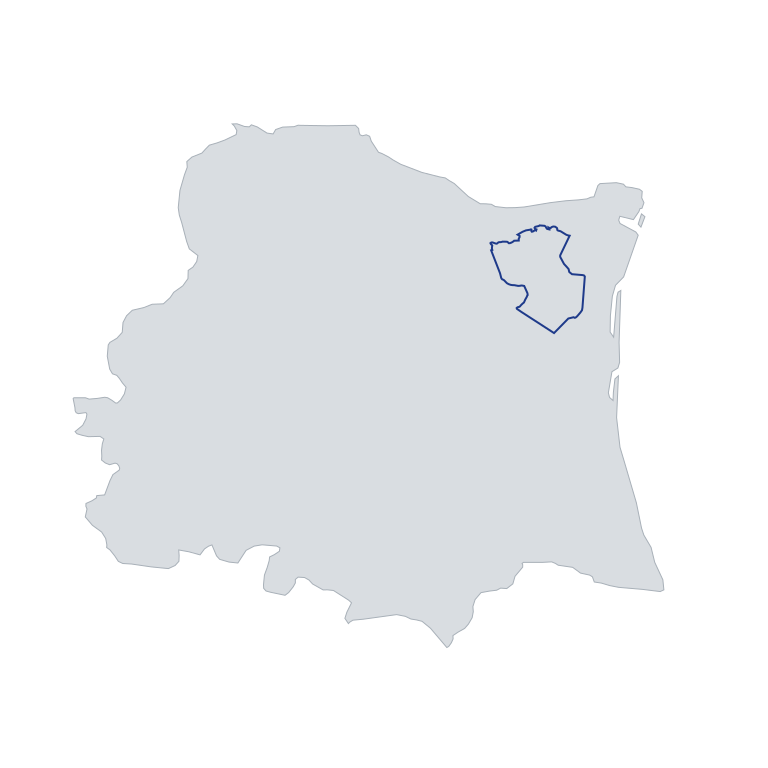 where Agnéby sits in Ivory Coast, rotated 278°
{"feature_id": "CIV-3451", "entity_name": "Agnéby", "entity_type": "Department", "adm_level": 1, "iso_a3": "CIV", "parent_name": "Ivory Coast", "parent_adm1": "", "projection": "natural_earth1", "projection_center": [-3.837, 6.123], "detail": "fine", "context": "in_parent", "style": "outline", "palette": "blue", "viewbox_px": 768, "rotation_deg": 278, "n_neighbors": 0, "source": "natural_earth", "source_scale": "10m", "svg_char_len": 5493}
<svg xmlns="http://www.w3.org/2000/svg" viewBox="0 0 768 768"><g transform="rotate(278 384 384)"><path d="M183.5,132.1L186.0,132.0L192.3,129.9L198.1,125.0L203.5,114.9L210.8,106.7L218.9,107.3L221.4,105.8L224.2,105.5L227.6,110.9L231.1,115.0L233.5,115.1L235.3,122.8L250.2,126.1L256.6,128.2L261.9,133.8L263.8,134.0L266.1,132.8L267.9,130.8L268.2,128.7L265.9,123.5L267.0,119.0L269.4,114.9L273.2,114.6L279.0,113.5L285.6,113.4L290.6,114.2L292.6,110.1L290.7,98.6L291.2,92.2L292.0,86.9L293.9,84.7L301.2,91.4L308.0,93.8L312.8,94.0L314.2,92.8L312.1,85.4L312.7,83.2L314.5,81.9L317.7,81.2L326.3,78.2L327.2,78.8L328.8,90.4L328.0,94.1L329.8,102.0L332.0,109.3L331.9,112.3L330.0,116.8L327.8,120.9L328.1,122.6L331.5,125.4L338.1,128.3L344.9,129.0L348.7,124.8L352.6,121.3L355.4,118.2L356.3,113.7L360.6,110.3L373.0,106.1L384.3,105.5L387.1,106.8L392.2,113.2L398.7,117.6L408.6,117.0L415.8,119.6L422.0,124.5L426.2,135.4L430.7,143.3L432.7,154.4L439.9,160.3L445.5,163.0L453.2,171.1L461.1,175.2L469.3,174.3L473.1,178.5L479.2,181.5L485.3,181.8L490.7,172.4L497.8,168.7L515.7,161.2L522.8,157.8L530.0,155.7L547.3,155.0L563.4,157.3L571.3,159.0L576.8,157.8L582.0,162.2L587.3,171.5L591.7,174.5L596.2,177.8L599.5,185.1L603.4,192.4L605.6,195.7L610.4,202.9L614.5,203.0L618.6,199.9L620.4,197.5L621.2,202.3L619.6,210.0L619.9,214.8L622.2,216.6L620.9,222.8L616.2,233.2L616.2,239.4L620.9,241.3L624.3,247.9L626.3,259.1L628.3,262.9L628.5,265.2L631.9,292.4L636.2,319.7L633.5,323.3L629.8,324.3L627.4,325.6L626.8,328.1L628.3,331.8L627.3,335.3L622.7,337.6L612.7,346.3L612.0,349.7L609.4,357.1L607.2,361.6L603.9,370.0L598.8,392.1L596.8,410.4L596.6,416.0L594.6,420.0L592.3,425.7L581.4,441.4L575.9,454.2L576.6,459.8L576.9,465.4L575.2,469.4L575.5,480.3L576.9,489.3L578.8,498.2L586.7,523.4L590.8,538.7L593.4,551.0L595.6,559.3L597.7,562.7L598.6,565.9L610.3,568.2L612.5,570.0L615.7,586.1L615.2,593.3L612.9,596.1L613.0,602.2L612.4,609.9L610.7,612.9L604.2,613.3L599.7,616.2L593.9,615.0L593.3,613.1L590.2,612.4L581.5,608.1L582.9,594.2L578.9,593.6L575.8,595.4L569.6,612.2L566.7,615.0L523.4,606.4L514.0,599.5L502.7,597.9L483.1,598.7L466.9,600.7L462.3,604.9L503.1,602.5L507.5,603.0L509.6,605.5L457.9,611.0L438.2,614.3L432.4,613.4L427.9,608.0L406.5,607.4L402.1,609.2L399.5,613.1L407.9,612.3L421.2,612.0L424.8,615.0L383.1,619.0L354.2,626.5L342.0,632.1L301.6,650.4L277.1,659.1L270.6,662.3L259.4,671.2L245.1,676.9L228.9,687.4L219.1,689.8L216.9,686.4L216.6,668.6L215.3,644.7L215.8,635.6L217.1,627.0L217.2,619.8L222.1,617.2L223.4,614.2L224.1,604.9L228.7,596.4L228.8,581.7L230.2,578.7L231.2,574.8L229.3,565.1L226.8,546.9L225.5,545.7L224.4,546.5L221.9,546.8L211.8,540.5L204.0,539.4L198.5,534.0L198.1,527.9L195.5,524.3L193.6,517.2L190.9,509.1L183.2,504.2L176.0,503.0L170.9,504.1L164.8,503.8L158.0,501.0L153.2,497.9L148.7,492.0L144.5,487.3L141.2,487.9L137.1,486.7L133.1,484.6L131.8,482.9L148.6,464.0L154.3,454.7L154.9,449.1L155.0,443.4L156.9,437.5L157.4,428.6L148.2,396.2L145.8,386.1L143.4,383.2L141.8,382.1L146.5,377.9L152.9,379.0L162.8,382.3L165.0,379.1L172.5,362.7L172.3,356.6L171.6,352.4L176.0,341.2L179.5,336.9L181.3,332.2L180.8,325.8L178.1,323.4L174.7,323.9L170.5,322.3L164.2,318.6L161.0,315.4L162.0,300.6L162.6,296.0L164.9,293.3L168.4,292.6L178.2,292.2L186.1,293.9L193.1,294.9L196.8,294.8L199.8,299.2L203.8,303.7L207.3,303.7L208.6,300.3L207.8,285.7L205.4,278.0L200.1,270.6L186.4,264.2L186.1,255.3L187.5,245.7L190.5,242.1L200.7,236.0L198.9,232.7L195.7,229.2L189.2,225.6L190.7,214.1L191.1,203.8L185.6,205.0L179.9,205.6L175.2,202.4L171.2,196.2L170.5,179.0L170.6,159.1L169.9,150.3L171.4,145.6L176.3,141.3L181.6,135.7L183.5,132.1ZM588.3,615.3L586.0,619.1L575.1,616.6L577.7,613.5L588.3,615.3Z" fill="#d9dde1" stroke="#a8b0b8" stroke-width="1"/><path d="M500.6,509.2L500.7,507.8L500.7,506.6L500.6,506.0L500.2,505.1L499.8,503.1L499.9,502.1L499.9,501.0L500.0,499.9L500.0,499.3L499.8,497.7L499.8,497.1L499.8,495.8L500.2,493.7L500.9,491.8L501.4,491.1L503.5,488.4L503.8,487.7L504.0,487.0L504.1,486.5L504.6,485.9L505.4,485.3L509.8,483.5L531.3,471.5L531.8,472.6L532.9,472.1L534.1,471.9L535.9,471.9L536.3,471.9L537.5,470.3L538.3,469.8L539.1,470.6L539.3,471.8L538.7,474.6L538.6,475.8L538.9,476.5L540.0,477.4L540.3,477.8L540.5,478.5L540.8,480.1L541.1,480.8L541.5,481.7L542.0,486.0L541.8,486.7L541.4,487.2L541.0,487.7L540.8,488.0L540.9,488.7L541.1,489.3L541.4,489.7L541.5,490.0L541.8,490.6L543.4,492.5L544.0,492.9L544.8,497.5L546.6,497.2L548.2,497.8L549.5,497.7L550.5,495.5L554.0,500.0L555.9,503.2L557.1,507.1L557.6,508.0L557.5,508.5L555.9,508.7L555.4,509.1L555.6,509.9L556.0,510.6L556.4,510.9L557.0,511.9L557.5,513.0L557.3,513.3L558.3,513.5L558.7,511.9L559.6,511.3L560.7,511.9L562.0,515.3L562.7,516.0L563.0,520.9L562.5,522.1L561.3,522.9L560.3,523.9L560.1,525.8L560.6,525.5L561.9,525.1L561.7,525.6L561.5,526.6L561.3,527.1L562.6,528.0L563.5,529.6L563.6,531.5L562.7,533.4L561.9,533.9L561.1,534.0L560.4,534.4L560.1,535.3L560.0,536.6L559.8,537.7L557.2,543.6L556.8,545.3L556.7,547.2L536.0,540.6L535.5,540.6L534.8,540.7L534.1,541.0L528.0,545.5L524.5,549.7L523.5,550.8L522.5,551.2L521.8,551.4L520.6,552.0L518.9,554.9L519.5,565.7L519.4,566.3L519.3,567.0L518.4,567.9L487.2,569.9L484.6,569.8L482.1,568.5L478.2,566.0L476.9,565.0L476.1,563.8L476.5,562.4L474.5,557.4L458.1,545.3L474.4,510.2L476.9,505.2L477.3,504.9L477.8,504.8L478.3,505.3L478.7,505.8L478.9,506.3L479.2,507.2L479.5,507.5L479.8,507.9L480.9,508.5L483.0,510.1L483.6,510.7L483.9,511.0L484.4,511.3L487.2,512.1L490.0,513.2L491.7,513.6L492.1,513.9L493.9,513.4L500.6,509.2Z" fill="none" stroke="#1e3a8a" stroke-width="2"/></g></svg>